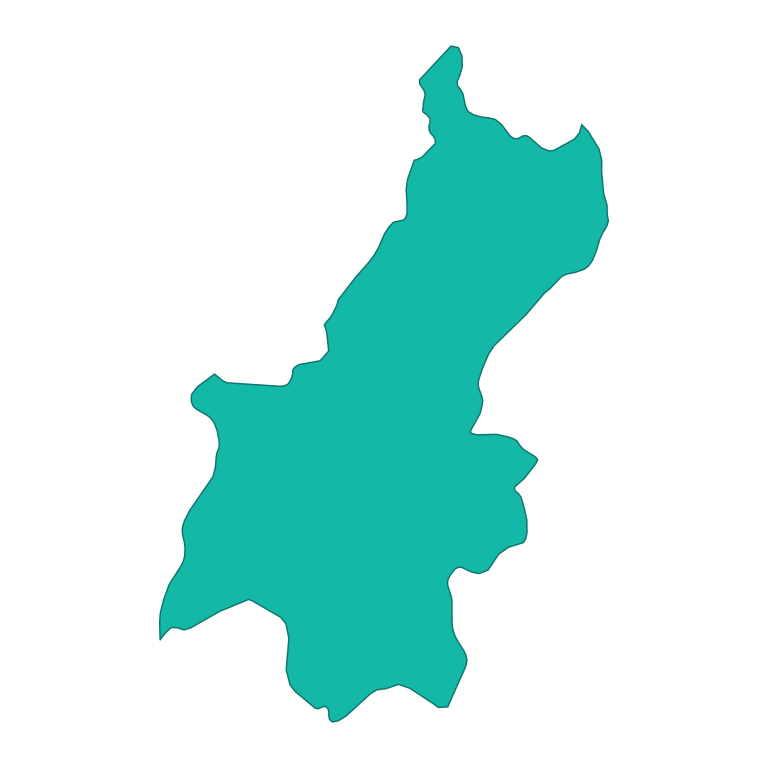 the Administrative Zone of Janakpur
{"feature_id": "NPL-1131", "entity_name": "Janakpur", "entity_type": "Administrative Zone", "adm_level": 1, "iso_a3": "NPL", "parent_name": "Nepal", "parent_adm1": "", "projection": "robinson", "projection_center": [86.017, 27.361], "detail": "fine", "context": "isolated", "style": "filled", "palette": "teal", "viewbox_px": 768, "rotation_deg": 0, "n_neighbors": 0, "source": "natural_earth", "source_scale": "10m", "svg_char_len": 3189}
<svg xmlns="http://www.w3.org/2000/svg" viewBox="0 0 768 768"><path d="M451.0,46.1L458.3,47.6L461.9,55.9L462.3,66.4L460.0,74.9L456.9,82.1L457.7,86.1L460.4,89.3L463.0,94.1L465.5,106.4L468.1,111.5L473.4,114.7L473.5,114.7L473.6,114.8L480.9,117.0L488.4,117.8L495.3,119.5L501.3,124.3L509.8,135.6L513.3,138.2L516.8,138.9L519.8,137.7L522.7,136.0L526.1,135.5L529.3,137.3L541.5,147.9L548.7,150.9L553.6,150.5L566.8,143.4L574.6,139.0L579.5,132.8L581.8,124.7L588.4,131.7L599.1,149.3L601.7,160.2L601.6,171.7L603.6,193.3L607.0,205.3L607.2,214.1L608.3,221.1L607.0,225.5L605.3,228.8L602.6,233.0L599.8,239.2L596.1,251.6L592.5,260.3L588.5,266.1L583.9,269.3L575.3,272.3L567.6,273.9L564.2,275.1L561.6,276.5L549.8,288.8L544.5,293.0L526.4,314.2L494.0,345.8L488.5,354.3L482.3,368.7L479.2,378.2L478.3,381.9L478.3,385.4L478.9,388.5L482.2,397.8L482.7,401.4L481.8,406.7L480.1,413.5L470.7,430.4L470.7,433.1L476.6,434.8L496.9,434.4L508.6,437.1L514.0,439.0L517.1,441.1L519.4,444.9L522.2,448.1L523.8,449.6L535.2,456.8L536.7,458.5L537.7,459.9L535.6,463.9L524.6,478.0L514.7,486.9L514.6,489.3L515.7,491.4L517.6,492.9L519.3,494.7L521.0,497.1L524.2,507.8L526.8,520.1L527.0,532.6L525.7,538.8L523.5,542.5L508.2,547.3L498.7,554.1L488.1,570.0L479.4,573.5L475.9,573.0L471.1,571.8L461.6,567.3L458.3,567.3L455.0,569.0L450.2,575.2L448.5,578.3L447.7,581.0L447.5,583.9L448.0,586.5L450.9,595.3L451.9,600.7L452.0,622.0L452.3,626.5L453.2,630.7L454.8,635.6L457.2,640.3L463.8,650.7L465.7,654.7L466.9,659.8L466.4,663.8L465.2,667.6L448.2,705.7L447.8,706.8L447.7,707.0L447.2,706.9L438.9,707.4L436.6,706.4L434.8,704.7L409.7,688.2L398.6,684.4L385.7,688.7L377.1,689.7L370.7,693.5L345.9,716.1L338.0,720.9L332.1,721.9L329.6,719.5L328.9,716.2L328.9,712.5L328.2,708.9L325.3,706.2L321.8,707.2L318.1,708.8L314.8,707.9L295.2,691.5L290.1,684.9L286.2,669.9L288.9,638.5L286.1,624.0L281.0,617.5L252.5,600.9L248.6,599.4L219.8,611.3L203.9,620.3L190.8,627.8L184.2,629.9L177.6,627.8L171.3,627.4L165.2,633.2L160.2,639.6L160.1,639.4L159.7,622.0L160.3,613.4L163.6,599.9L169.2,584.4L181.1,565.9L183.3,561.3L184.6,556.4L185.1,548.9L184.6,543.6L183.8,539.6L183.1,537.1L182.5,533.4L182.2,530.1L183.0,525.2L184.7,520.3L189.9,510.2L213.0,476.7L215.4,467.2L216.3,456.3L217.0,453.0L217.7,450.8L218.6,449.0L219.3,445.4L219.1,440.5L217.1,430.6L215.1,425.0L213.1,421.1L211.3,418.9L209.1,416.8L206.2,414.7L197.3,409.8L194.1,407.2L192.3,404.5L191.3,400.8L191.3,397.0L191.9,394.0L197.6,386.7L214.5,374.1L222.4,380.5L224.7,381.8L227.2,382.8L279.4,386.3L284.3,385.9L288.3,383.9L291.6,378.2L292.7,373.8L292.8,370.1L294.7,367.2L298.9,364.6L320.1,360.8L328.7,351.0L326.9,333.7L326.4,331.1L324.5,325.1L324.4,325.0L324.4,324.8L326.3,322.1L330.3,317.6L332.7,313.7L336.7,305.6L338.4,299.6L355.7,277.2L369.9,261.1L374.3,254.9L378.7,247.3L384.5,233.9L389.5,226.4L393.0,222.7L395.2,221.8L403.4,220.2L405.7,217.8L407.0,213.7L407.1,204.5L406.2,189.4L407.6,179.2L414.3,160.2L416.9,159.7L421.9,157.3L433.4,145.4L435.4,143.7L435.2,139.3L433.4,136.3L431.0,133.7L429.2,130.5L429.0,125.8L430.0,122.1L430.1,118.7L426.9,114.8L423.2,112.1L422.6,109.6L423.3,106.9L423.3,103.4L424.9,96.2L425.2,94.0L424.1,90.6L419.9,84.2L419.4,80.0L451.0,46.1Z" fill="#14b8a6" stroke="#0f766e" stroke-width="1.5"/></svg>